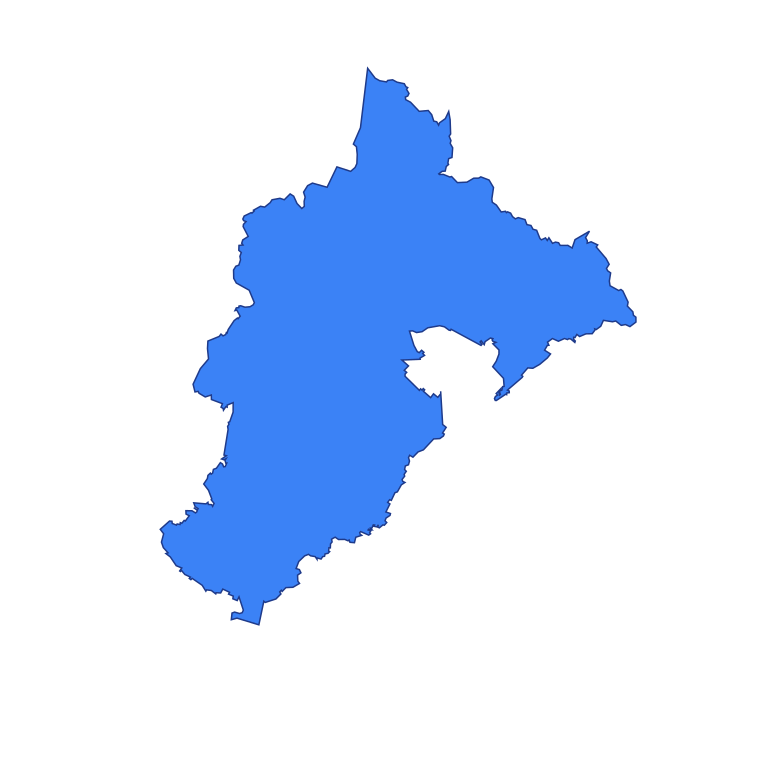 the district of Cocula, Jalisco, Mexico, rotated 206°
{"feature_id": "50627088B61483456633974", "entity_name": "Cocula", "entity_type": "district", "adm_level": 2, "iso_a3": "MEX", "parent_name": "Mexico", "parent_adm1": "Jalisco", "projection": "albers", "projection_center": [-103.833, 20.404], "detail": "fine", "context": "isolated", "style": "filled", "palette": "blue", "viewbox_px": 768, "rotation_deg": 206, "n_neighbors": 0, "source": "geoboundaries", "source_scale": "gbopen_adm2", "svg_char_len": 6171}
<svg xmlns="http://www.w3.org/2000/svg" viewBox="0 0 768 768"><g transform="rotate(206 384 384)"><path d="M537.1,660.6L517.5,604.0L516.7,586.2L512.8,585.2L508.7,578.6L505.0,570.2L504.9,565.9L507.2,560.5L521.5,558.5L521.4,535.9L536.4,533.2L539.6,528.8L540.4,521.2L536.8,517.4L535.9,513.2L533.5,508.7L534.8,505.7L541.3,508.1L547.5,513.2L551.7,513.7L554.4,505.9L558.9,505.3L565.4,500.5L565.8,497.1L568.8,490.7L572.9,489.6L577.5,483.0L576.5,482.6L577.6,479.7L578.5,479.8L583.3,473.7L583.2,470.4L581.8,469.3L579.2,469.5L580.3,465.9L579.6,463.7L570.7,457.1L574.1,451.6L573.6,448.1L571.7,447.1L575.1,445.0L573.1,440.5L569.9,439.6L569.5,435.6L567.4,432.7L566.6,427.2L568.8,424.9L569.2,420.5L565.4,413.1L561.0,410.0L546.3,409.2L536.2,400.3L536.3,397.8L538.3,394.7L542.6,392.1L547.1,391.5L548.5,390.5L548.0,389.0L550.1,387.7L550.1,384.7L548.7,385.9L543.0,381.9L543.8,378.7L544.7,379.0L546.5,375.3L547.9,364.7L547.4,361.0L548.2,361.1L548.0,359.0L549.8,356.7L552.4,357.4L553.0,354.5L561.1,345.4L558.2,338.5L552.7,329.6L555.8,317.3L555.5,300.1L550.4,294.0L547.8,295.9L546.2,294.6L539.0,294.0L534.4,298.4L532.3,294.4L520.6,295.5L520.3,291.7L517.8,291.5L516.8,290.1L516.2,294.3L514.8,294.4L515.7,296.3L511.4,301.1L507.3,292.6L506.1,282.5L507.1,281.3L505.7,279.8L506.0,277.4L504.2,274.8L496.7,250.0L494.3,250.4L497.1,245.4L494.6,245.7L493.3,247.5L493.5,245.7L491.5,243.5L490.7,244.0L490.5,240.2L491.8,239.3L494.1,241.3L496.6,241.6L497.7,234.8L499.9,232.5L499.0,228.8L499.8,227.2L501.0,227.8L502.2,224.7L501.3,221.6L502.2,215.1L495.1,211.5L488.4,205.2L488.6,204.2L484.4,202.2L484.4,198.9L486.1,200.0L489.1,198.7L490.4,200.5L491.5,198.2L502.9,193.8L500.0,191.0L496.4,190.5L496.5,188.8L500.8,189.4L496.4,188.6L496.2,187.0L496.9,185.5L501.0,185.9L506.5,183.3L504.9,180.3L501.3,180.2L502.5,173.8L503.8,173.8L504.7,170.2L506.3,170.1L505.7,168.3L508.6,167.5L508.7,166.2L513.2,165.8L514.4,167.7L516.7,166.8L521.4,155.3L516.4,152.8L514.7,144.3L510.6,140.2L504.1,137.6L505.7,136.0L500.3,134.9L491.1,129.6L485.1,130.0L485.7,126.4L484.8,126.2L484.2,127.6L479.5,125.5L473.4,125.6L473.8,123.9L471.8,123.5L471.2,125.2L459.2,123.4L453.3,119.7L453.2,121.2L448.7,122.7L443.2,121.6L443.4,122.8L439.2,124.6L439.0,129.0L431.5,129.1L431.6,127.0L426.5,127.3L425.7,124.7L421.0,125.0L421.0,129.1L411.3,119.1L411.2,116.3L413.2,114.4L418.3,113.5L420.2,111.5L417.9,105.2L413.5,109.1L390.9,112.7L396.8,136.1L395.0,135.6L386.9,143.4L384.6,150.1L386.6,151.4L385.9,153.6L384.6,152.9L382.9,158.0L376.7,161.4L372.5,167.7L375.0,169.0L377.9,174.3L375.9,177.9L378.7,180.1L382.1,179.6L382.8,187.1L380.0,194.7L377.2,197.8L374.6,197.4L370.2,198.7L367.4,197.1L368.0,198.3L363.8,199.1L363.5,201.9L361.9,203.1L362.5,205.4L360.1,207.3L359.4,209.5L360.5,209.5L361.7,212.7L360.4,213.2L362.0,216.9L361.4,219.3L363.1,221.5L362.0,223.2L360.7,224.9L356.7,224.3L351.2,227.1L347.6,227.3L347.0,228.5L345.2,226.8L341.0,228.4L342.2,233.9L337.7,238.2L339.6,238.5L340.7,239.8L340.3,241.1L331.5,241.5L330.4,243.5L331.7,244.0L331.5,246.2L334.3,245.8L334.3,246.7L330.9,247.7L332.9,248.6L331.7,249.4L331.9,252.7L330.7,253.1L330.7,251.7L327.6,252.5L327.4,255.0L326.9,252.6L325.1,252.7L323.2,256.9L321.8,257.2L320.8,260.7L323.1,261.5L323.4,264.4L321.0,268.5L321.4,270.4L326.2,269.8L326.1,278.8L328.8,279.2L328.2,282.5L326.4,282.6L326.5,291.1L324.7,292.9L324.2,301.0L322.0,304.7L324.5,304.7L325.9,306.2L325.0,310.2L326.3,311.6L325.7,315.3L328.0,316.2L328.9,319.7L326.6,322.1L327.3,325.9L329.7,328.6L329.7,331.2L325.9,330.9L323.6,337.9L319.7,342.1L315.3,356.4L309.9,359.4L307.8,363.3L307.9,365.4L309.9,365.6L309.1,372.3L313.5,373.3L329.9,402.3L328.7,400.2L329.8,395.6L335.2,396.9L336.1,392.2L345.3,394.7L344.9,396.6L346.7,397.1L347.1,395.2L349.0,395.7L349.4,393.8L368.5,400.2L369.4,402.2L368.7,404.4L371.8,405.2L369.9,411.0L378.4,413.4L362.3,422.1L363.0,423.0L360.1,427.5L362.6,428.4L362.0,430.0L365.0,430.8L366.1,427.6L368.3,427.7L374.0,431.8L384.3,442.7L381.6,444.3L377.3,444.5L372.7,447.7L369.3,453.7L359.5,460.8L354.7,461.9L349.1,460.9L347.7,461.3L347.7,462.6L313.7,461.2L313.3,462.5L316.1,463.9L315.6,465.4L311.2,463.3L311.7,466.4L310.5,468.5L308.5,472.0L306.0,472.5L306.2,471.0L304.8,470.1L301.7,470.5L303.8,467.9L295.6,465.0L293.8,461.3L293.1,453.8L293.9,447.2L279.1,441.5L275.0,434.5L276.2,433.7L275.4,430.1L276.7,428.7L277.1,430.5L277.7,428.6L274.8,425.6L275.2,424.7L277.9,428.0L279.0,424.6L277.0,423.8L278.4,421.7L278.3,419.3L276.8,418.0L275.8,418.4L270.1,428.2L269.1,428.2L269.7,429.8L267.6,431.1L268.4,432.6L270.4,432.6L262.7,450.5L262.6,451.7L264.3,452.2L261.8,461.5L257.1,463.4L252.6,470.0L248.6,479.0L247.5,484.0L254.5,484.8L254.1,490.3L252.8,491.1L255.4,493.3L252.5,498.7L246.0,498.9L241.7,504.0L238.5,504.4L237.8,505.8L235.8,506.3L230.7,505.0L230.9,506.5L233.2,507.3L234.0,509.1L232.7,509.5L232.4,513.1L229.0,512.4L224.5,517.6L218.9,520.5L218.0,525.1L218.7,525.9L217.1,526.0L214.5,530.9L214.7,537.4L205.9,540.1L203.3,542.2L196.5,540.7L193.0,543.3L188.1,543.4L184.7,550.1L186.9,554.5L189.9,555.1L192.0,558.0L199.4,560.7L200.5,564.6L210.1,572.3L212.5,572.8L214.0,570.9L223.9,571.4L226.6,575.3L229.0,583.2L232.6,583.8L234.7,585.4L234.1,590.3L239.4,594.1L253.3,600.2L252.9,602.7L260.2,602.6L263.1,599.6L264.1,601.9L267.0,603.9L266.3,611.4L275.6,597.5L274.5,588.7L279.5,589.2L286.4,585.8L289.0,587.5L292.1,586.7L294.2,584.3L299.9,587.7L300.2,584.6L302.9,586.1L305.7,582.6L307.6,583.1L314.2,589.1L317.9,588.4L321.4,590.9L325.4,589.9L329.3,593.6L336.3,592.4L338.4,590.0L341.9,590.8L345.1,593.1L348.4,592.9L349.1,591.7L350.5,592.5L354.1,590.0L361.4,594.1L366.3,594.8L368.2,597.6L371.7,608.6L379.0,613.4L387.8,612.6L389.2,610.5L393.6,608.3L397.9,601.8L406.3,597.2L414.2,600.1L415.6,598.9L422.5,598.4L426.0,596.6L426.9,596.9L425.0,600.6L422.3,602.2L423.4,606.8L422.2,609.6L423.4,610.5L424.7,614.9L422.2,617.4L425.8,626.4L430.0,629.3L430.5,632.1L434.1,635.3L433.7,637.9L440.4,650.5L445.3,657.3L445.2,649.4L448.6,643.1L448.4,640.6L451.6,642.8L454.5,642.1L459.2,647.0L464.1,649.2L471.9,644.5L483.7,648.9L489.2,649.1L490.6,651.3L488.9,653.2L488.9,656.1L492.9,658.7L492.6,660.8L494.6,660.8L497.4,662.8L504.6,661.0L509.6,661.2L513.7,658.5L514.2,656.6L520.8,654.7L526.0,655.0L537.1,660.6Z" fill="#3b82f6" stroke="#1e3a8a" stroke-width="1.5"/></g></svg>